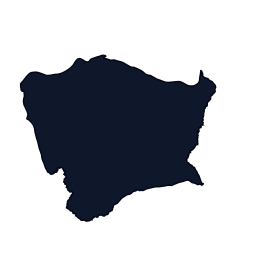 Thala Barivat, Stœng Trêng, Cambodia (Albers equal-area conic projection), rotated 255°
{"feature_id": "14789045B9277653142269", "entity_name": "Thala Barivat", "entity_type": "district", "adm_level": 2, "iso_a3": "KHM", "parent_name": "Cambodia", "parent_adm1": "Stœng Trêng", "projection": "albers", "projection_center": [105.709, 13.631], "detail": "fine", "context": "isolated", "style": "filled", "palette": "ink", "viewbox_px": 256, "rotation_deg": 255, "n_neighbors": 0, "source": "geoboundaries", "source_scale": "gbopen_adm2", "svg_char_len": 5600}
<svg xmlns="http://www.w3.org/2000/svg" viewBox="0 0 256 256"><g transform="rotate(255 128 128)"><path d="M54.7,186.2L55.7,184.9L56.5,184.7L63.8,184.1L66.4,183.2L67.5,183.3L68.7,182.9L69.3,182.5L69.7,182.5L70.1,182.2L70.5,182.3L70.9,182.2L72.5,182.0L72.9,181.5L72.9,181.1L75.2,180.0L77.0,178.1L77.5,177.9L78.0,177.4L78.5,177.5L79.4,176.5L80.5,176.0L81.5,176.4L82.0,176.1L82.1,176.4L82.8,176.5L83.0,176.7L83.1,177.1L83.7,177.4L83.7,178.0L84.4,178.4L85.3,179.2L85.7,179.4L86.5,179.4L86.6,179.8L87.4,180.4L88.2,180.7L88.5,181.4L88.9,181.5L88.3,181.7L88.2,182.0L88.4,182.0L89.4,182.4L90.2,182.5L89.9,183.0L90.0,183.6L90.8,183.9L90.9,184.1L90.9,184.5L90.4,184.8L90.5,185.2L91.3,186.0L91.4,186.5L92.2,186.5L92.0,187.1L92.1,187.4L94.0,188.9L94.1,189.4L93.9,190.0L94.3,190.6L94.1,191.0L95.1,191.4L96.4,191.5L97.9,192.1L98.9,192.1L99.3,192.0L99.4,191.8L99.9,191.7L100.2,192.0L100.0,192.3L100.1,192.6L100.9,193.1L101.9,193.0L102.4,193.6L102.9,193.0L103.1,193.1L103.5,193.7L103.8,193.8L105.0,193.6L105.6,194.0L105.8,194.5L105.6,194.8L105.9,194.9L106.0,194.7L106.4,195.1L106.9,194.8L106.6,195.8L108.0,195.9L109.1,196.4L109.8,197.0L109.9,197.8L109.5,198.3L110.1,199.0L110.5,198.9L111.1,198.9L111.4,199.3L111.6,199.8L111.6,201.2L112.1,200.8L112.8,201.1L113.2,201.7L113.9,202.0L114.6,201.4L115.3,201.4L115.4,201.7L116.1,202.1L116.2,202.6L117.2,202.8L118.0,202.2L118.4,202.1L119.0,203.4L119.8,203.9L122.6,204.9L124.3,205.8L126.4,206.4L127.1,207.5L128.1,208.2L128.3,208.2L128.7,209.0L128.8,209.9L129.2,210.3L131.6,211.0L132.3,211.5L133.3,213.4L134.5,215.1L135.5,215.6L136.4,215.7L137.3,216.1L137.6,217.0L138.0,217.8L138.8,218.8L139.7,220.5L140.8,221.7L143.1,221.9L144.3,223.0L145.1,223.3L147.1,223.1L151.3,221.0L152.1,219.8L153.0,218.9L154.9,218.0L157.1,214.6L157.8,214.3L158.6,213.8L159.6,213.5L160.5,213.6L160.3,213.9L161.6,214.2L162.2,213.9L163.4,213.9L164.3,213.6L164.5,213.2L161.0,211.8L158.8,210.7L155.9,209.6L154.3,208.8L153.4,207.9L152.8,207.0L151.9,204.2L151.7,202.4L152.1,200.0L152.6,198.5L153.4,197.0L154.5,195.6L157.1,193.0L159.2,190.4L159.9,188.4L161.5,178.9L162.6,175.8L168.3,167.8L170.0,166.3L172.0,164.0L172.7,163.6L174.0,160.8L175.2,159.2L175.9,158.5L178.4,156.9L180.0,155.5L183.3,151.7L185.1,149.3L185.3,148.3L185.9,146.9L187.0,145.5L192.4,140.1L193.3,138.9L196.4,133.5L196.9,133.0L197.5,131.3L197.8,129.0L200.2,125.4L201.0,124.0L201.3,122.7L201.7,122.6L202.4,122.9L202.6,123.3L203.0,125.0L203.5,125.0L203.9,124.5L204.7,122.7L204.8,121.2L204.6,118.6L204.6,116.3L204.2,111.2L203.9,109.7L202.2,107.5L202.2,105.9L203.1,104.1L206.1,101.3L207.2,99.9L207.6,99.1L207.6,97.6L207.5,96.9L205.7,94.3L203.1,91.6L201.3,88.8L200.5,87.1L198.9,82.4L198.3,79.6L198.0,77.5L198.0,74.5L198.6,71.6L199.0,66.6L199.7,63.0L202.8,58.7L205.0,55.3L205.8,53.3L206.2,51.4L206.5,48.8L206.2,47.2L204.8,44.6L203.4,42.6L200.9,39.3L198.5,35.8L198.2,36.1L197.5,35.6L196.1,35.1L195.4,35.1L192.3,34.7L191.6,34.9L190.9,35.5L190.7,35.9L190.5,36.8L189.3,36.9L185.5,36.2L183.1,34.8L181.1,34.0L177.4,33.6L169.8,34.9L167.4,34.9L166.6,34.8L163.1,32.7L161.5,34.3L158.3,36.2L156.4,37.0L154.1,37.5L151.7,37.7L148.3,37.2L142.2,37.1L137.8,37.3L131.4,37.1L124.8,37.6L120.4,37.1L117.2,37.4L116.9,37.6L110.4,38.1L107.6,38.9L106.4,39.0L105.9,39.4L105.4,40.3L104.7,40.6L104.3,41.1L103.4,41.4L103.3,41.7L103.1,43.4L103.6,44.1L103.3,44.6L103.6,44.9L104.1,44.9L104.4,45.1L104.4,45.9L104.0,46.4L103.9,47.6L104.4,47.8L104.8,47.6L105.1,47.8L104.9,48.6L104.9,48.8L106.0,49.5L106.8,49.0L107.4,49.8L107.5,50.2L107.1,51.0L107.6,51.3L106.9,51.8L107.3,52.5L107.2,53.2L106.6,54.3L105.9,54.6L105.2,54.5L104.1,54.9L103.2,54.8L102.4,55.9L102.0,56.0L101.8,56.0L101.2,55.2L99.9,54.3L99.8,55.1L99.1,54.8L98.3,55.0L98.0,55.8L96.8,55.7L95.5,54.1L95.3,53.4L94.4,53.0L93.7,52.9L92.6,52.0L92.4,52.0L91.7,52.7L91.0,52.8L90.4,52.5L90.2,52.6L90.0,53.2L89.6,53.5L88.4,54.0L87.8,54.1L86.8,53.2L86.6,53.9L86.2,54.1L85.2,53.8L84.8,53.9L84.2,54.2L83.4,54.0L83.0,54.1L82.5,55.1L82.1,55.0L81.5,55.2L81.3,56.1L81.0,56.3L81.2,57.3L80.5,57.7L78.6,57.7L78.4,57.4L78.2,56.3L77.5,56.1L77.2,55.4L76.7,55.6L76.1,55.4L76.5,55.1L76.1,54.4L76.0,54.6L75.8,54.5L75.7,54.2L75.7,53.8L75.3,53.4L75.1,53.3L74.4,53.5L74.1,53.3L73.8,52.5L73.9,52.1L73.6,51.4L72.7,50.6L71.6,50.1L70.9,50.1L70.1,49.3L69.6,49.5L69.0,49.5L68.2,48.7L67.0,48.0L66.7,48.0L66.4,48.7L65.8,48.8L65.3,49.6L64.5,50.2L64.0,50.3L63.8,50.7L63.3,51.0L63.0,51.4L62.8,51.2L62.4,51.8L62.4,52.2L62.3,52.6L61.6,52.8L61.2,52.8L60.4,53.1L60.2,52.9L60.0,53.2L59.7,53.3L59.7,54.0L59.1,54.1L58.7,55.5L58.3,55.1L57.9,55.3L57.1,54.9L57.1,55.1L56.7,55.0L56.5,55.5L55.9,55.6L54.8,56.6L54.5,56.4L54.2,56.5L53.0,57.9L52.6,58.2L52.1,58.2L51.1,58.9L50.6,60.5L50.7,61.0L50.4,61.4L50.6,61.8L49.9,62.4L49.9,62.9L49.6,62.9L49.6,63.2L49.2,63.6L48.9,63.6L48.7,63.9L49.3,64.1L48.9,64.9L49.1,65.1L48.9,65.6L48.6,65.6L48.5,65.8L48.7,66.5L48.4,67.1L48.8,67.6L48.8,69.0L49.1,69.0L49.3,69.2L48.9,69.6L49.8,69.9L50.3,70.7L50.1,71.3L50.6,71.5L50.5,72.1L50.8,73.0L51.2,73.5L51.1,73.9L50.0,74.7L49.8,75.7L50.4,76.2L51.2,77.3L51.1,78.1L51.4,78.7L50.9,79.3L50.7,80.3L50.3,80.4L49.9,80.8L49.9,81.2L49.2,81.9L49.2,82.7L49.8,83.5L49.9,86.2L50.6,86.6L50.8,87.1L52.0,87.8L52.0,89.1L52.7,91.4L54.8,92.6L55.6,93.3L56.4,93.4L57.3,94.3L58.1,98.1L62.0,103.9L63.8,109.6L63.7,113.0L64.6,115.3L65.3,116.3L65.3,118.8L65.8,121.2L65.5,121.9L64.5,123.1L64.5,124.7L63.8,125.9L63.8,127.1L64.4,129.5L64.5,130.7L64.2,139.0L63.2,143.2L62.5,149.5L62.4,151.7L61.3,155.3L62.2,161.9L62.3,163.6L62.2,167.8L62.4,169.8L62.4,171.8L61.8,173.1L61.3,173.7L58.7,175.8L57.3,178.5L55.3,180.7L55.3,182.5L54.7,183.5L53.8,184.4L53.9,185.6L54.7,186.2Z" fill="#0f172a" stroke="#020617" stroke-width="1.5"/></g></svg>